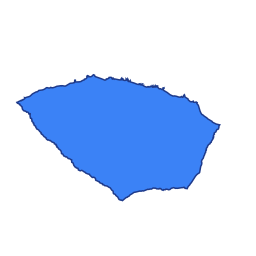 Sao Lourenco, São Filipe, Cabo Verde, rotated 56°
{"feature_id": "66160863B41356087556588", "entity_name": "Sao Lourenco", "entity_type": "district", "adm_level": 2, "iso_a3": "CPV", "parent_name": "Cabo Verde", "parent_adm1": "São Filipe", "projection": "robinson", "projection_center": [-24.437, 14.978], "detail": "fine", "context": "isolated", "style": "filled", "palette": "blue", "viewbox_px": 256, "rotation_deg": 56, "n_neighbors": 0, "source": "geoboundaries", "source_scale": "gbopen_adm2", "svg_char_len": 5777}
<svg xmlns="http://www.w3.org/2000/svg" viewBox="0 0 256 256"><g transform="rotate(56 128 128)"><path d="M185.1,173.2L184.6,168.5L185.0,167.4L184.8,166.8L185.1,165.4L184.6,163.6L184.8,161.0L184.7,159.1L185.5,157.3L186.9,153.4L187.7,152.5L188.2,151.0L188.8,150.5L189.0,149.9L189.8,146.1L190.6,145.0L190.9,143.9L191.8,142.6L191.8,140.8L193.5,138.6L194.3,138.4L195.6,136.8L195.7,136.6L195.6,135.9L196.2,135.6L196.2,135.1L196.6,134.7L197.8,134.7L199.3,133.7L199.0,133.0L200.0,131.7L199.9,130.7L201.2,129.3L201.9,128.9L202.4,127.7L202.2,125.9L203.0,123.4L204.5,122.5L204.7,122.0L205.7,120.7L207.7,116.4L208.2,115.8L208.4,114.8L208.9,114.4L209.9,114.5L211.4,112.8L210.9,112.2L210.1,110.7L209.6,108.4L209.1,107.6L208.8,106.2L205.7,99.1L205.2,97.4L205.0,95.7L205.1,94.1L204.9,93.5L200.4,89.1L199.6,87.6L198.7,86.7L198.1,86.2L197.4,86.2L196.5,85.4L195.8,84.5L195.1,82.5L193.5,80.5L193.0,79.4L192.0,78.5L191.8,77.5L190.3,76.2L190.2,75.5L189.9,75.2L189.3,75.1L189.1,74.6L188.6,74.3L188.1,72.7L187.4,72.1L187.3,71.5L186.9,70.9L186.8,69.6L186.9,68.8L186.2,67.9L186.4,67.1L185.6,66.2L184.5,63.6L183.8,63.3L184.0,62.8L183.9,62.5L183.0,62.2L182.8,61.6L182.2,61.5L181.6,60.7L181.4,59.8L180.6,59.6L180.3,59.1L180.3,57.1L179.7,56.6L179.0,55.0L179.4,54.2L179.3,53.5L178.2,52.2L177.2,51.5L176.7,50.2L174.0,52.7L170.8,54.5L170.2,54.8L169.6,54.6L165.2,56.7L163.6,57.0L161.0,58.1L158.8,58.7L158.1,59.2L156.5,59.2L154.2,58.8L148.5,57.0L146.2,57.2L145.6,56.5L145.4,56.7L144.6,56.9L144.1,58.3L143.2,59.3L142.3,58.9L141.9,60.5L141.0,61.6L138.5,62.3L137.1,62.0L136.4,62.5L134.1,63.4L132.7,62.8L132.3,63.2L132.1,62.7L131.9,62.7L132.4,64.1L133.1,64.8L133.1,65.6L132.7,65.9L131.9,65.9L131.7,66.4L131.8,66.8L131.7,67.5L130.5,68.8L128.9,70.0L127.5,71.4L126.6,72.9L124.0,74.5L120.6,75.6L117.0,77.3L115.8,77.4L115.3,77.0L115.3,76.1L115.0,76.1L114.8,76.6L114.6,76.1L114.4,76.6L114.9,76.8L115.0,77.5L115.4,78.0L114.7,78.7L113.8,78.9L113.0,80.2L110.8,80.6L110.2,81.0L109.8,80.9L109.9,80.0L109.7,79.9L109.5,80.2L109.6,80.7L109.4,80.8L109.3,80.2L109.0,81.1L109.5,81.8L109.4,82.0L109.1,81.8L109.4,82.1L109.3,82.4L108.7,82.1L109.0,82.6L108.7,83.0L108.4,83.1L107.7,83.0L108.4,83.9L108.1,84.4L107.9,84.2L107.7,84.6L107.2,84.2L106.5,84.3L107.0,85.0L106.5,85.3L106.6,85.6L106.3,85.9L105.6,85.6L106.3,86.4L105.8,87.7L105.4,87.7L105.4,88.0L104.8,88.4L104.8,89.3L104.5,89.7L102.7,91.1L101.6,91.5L101.3,91.3L101.3,91.7L99.8,92.4L99.6,92.4L99.4,91.7L99.3,91.9L99.7,93.0L98.1,94.2L97.9,94.3L97.8,93.8L97.6,94.2L97.9,94.8L96.9,95.9L94.4,97.6L91.3,100.1L90.8,100.3L90.6,100.1L90.5,100.5L90.5,100.2L90.0,99.9L90.3,100.8L89.6,101.1L89.6,101.4L88.9,101.2L89.1,101.7L88.6,101.7L88.4,101.0L88.3,101.5L87.9,101.7L87.5,100.9L87.2,101.2L87.0,100.9L87.1,101.4L86.9,101.3L87.1,101.8L86.9,101.9L87.1,102.3L86.5,102.3L87.3,102.9L87.0,103.7L86.4,103.5L86.8,103.7L86.6,104.2L86.1,104.8L85.3,105.3L84.8,104.7L84.2,104.8L84.1,105.3L84.6,106.0L84.4,106.3L83.9,106.3L83.8,105.7L83.1,105.4L83.2,105.9L84.1,107.0L83.4,108.1L79.9,111.6L79.9,112.0L79.6,112.0L79.0,112.8L78.7,113.0L78.3,112.5L78.0,112.9L78.2,113.2L78.5,113.0L78.9,113.2L78.8,113.5L78.3,113.7L77.5,113.5L76.8,113.5L76.1,114.3L75.5,115.5L76.1,116.2L75.8,117.0L75.8,117.7L75.2,118.5L75.3,118.8L75.6,119.0L75.7,119.5L75.4,120.4L72.3,122.5L67.1,126.4L66.6,126.5L65.5,126.2L64.5,126.9L64.9,129.4L64.5,130.6L63.3,132.1L63.0,131.6L62.8,131.7L62.0,132.1L61.9,132.6L62.0,132.9L62.4,133.0L62.5,133.5L62.9,133.5L63.4,134.1L63.6,134.9L63.6,135.8L63.2,136.5L63.2,137.0L63.6,137.3L63.1,139.6L63.2,140.8L62.5,142.6L60.8,145.3L60.4,145.7L59.6,145.4L59.0,144.9L58.8,145.0L59.0,145.2L58.7,145.2L58.7,145.5L59.4,146.2L60.1,146.2L60.4,147.0L59.7,149.0L58.6,150.9L58.3,156.3L57.9,157.0L55.9,159.2L55.8,159.8L55.4,160.1L53.6,163.7L53.3,165.6L52.6,167.8L52.1,168.6L51.1,169.3L51.1,170.4L50.7,171.2L49.2,172.6L49.0,173.3L49.1,175.6L48.6,177.7L47.0,180.9L47.3,182.7L46.7,184.1L46.3,188.2L46.8,191.0L46.7,192.3L45.8,195.0L45.6,196.0L45.1,196.6L45.5,196.6L45.9,197.3L45.9,198.9L45.9,199.4L45.7,199.4L45.7,200.4L45.4,200.7L45.3,201.2L45.6,201.5L45.3,201.8L44.9,204.0L45.0,204.3L44.6,205.8L45.5,205.8L47.2,204.8L47.6,204.4L48.2,204.8L48.9,204.4L50.9,204.2L51.4,204.0L52.3,204.6L52.9,204.7L53.5,205.0L55.2,204.8L55.9,204.5L56.1,204.0L57.5,203.2L58.2,203.2L58.7,202.3L59.0,202.1L59.4,202.0L61.1,202.3L61.3,202.1L61.1,201.4L61.4,201.1L62.5,201.8L63.0,202.4L63.5,202.5L64.1,203.0L64.6,202.9L65.5,203.4L65.9,202.9L66.6,202.7L67.7,203.4L68.1,203.3L68.8,203.9L70.9,203.4L71.2,203.5L71.2,203.9L71.4,204.0L72.3,203.8L72.9,204.2L73.6,204.2L74.7,203.6L76.2,204.1L77.0,204.0L77.7,204.2L79.5,203.2L81.7,203.1L83.2,202.6L84.0,203.2L84.4,202.9L85.1,203.0L85.6,202.6L88.3,202.4L89.0,201.9L89.8,201.9L90.2,201.5L91.3,201.8L92.1,201.7L92.6,201.3L93.1,201.3L93.4,200.6L94.5,200.1L94.9,199.4L97.0,198.9L98.9,197.5L100.0,197.9L101.2,196.9L101.7,197.3L102.3,196.9L103.1,197.4L103.6,197.1L104.2,197.6L105.1,197.1L106.7,197.2L107.7,196.7L109.2,196.4L110.7,196.7L111.9,197.4L112.4,197.3L112.8,196.8L113.3,196.6L115.2,196.9L116.0,196.2L116.9,196.0L117.6,195.0L120.0,194.6L120.4,193.9L121.7,193.2L122.1,193.2L122.8,192.5L124.9,193.8L126.4,193.1L128.6,193.8L130.8,193.7L131.6,193.1L132.2,193.2L133.5,192.0L135.0,192.6L136.4,191.8L136.8,191.5L137.2,190.1L137.7,189.7L140.1,188.8L140.5,188.4L141.8,188.2L144.0,186.7L144.8,185.8L145.7,186.0L148.9,185.3L149.4,184.8L149.5,184.1L150.4,183.4L152.0,183.3L152.9,183.9L153.5,183.9L154.7,183.0L156.0,182.4L156.4,181.8L157.5,182.1L158.1,181.6L159.3,181.1L159.7,180.4L160.5,180.3L160.9,180.6L161.6,179.9L162.9,179.5L163.4,178.8L164.6,177.7L166.6,176.9L167.6,176.2L170.4,176.2L171.8,175.7L172.7,175.9L173.6,176.6L174.7,176.6L175.2,176.1L176.1,175.6L176.7,175.8L177.6,175.7L179.3,175.1L182.2,175.4L182.9,175.0L183.7,174.4L184.0,173.9L185.1,173.2Z" fill="#3b82f6" stroke="#1e3a8a" stroke-width="1.5"/></g></svg>